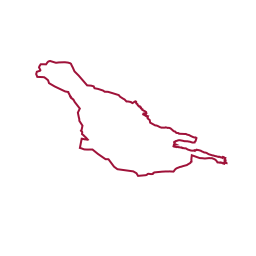 outline of Ørskog nor, Møre og Romsdal, Norway, rotated 199°
{"feature_id": "86288312B31017239945246", "entity_name": "Ørskog nor", "entity_type": "district", "adm_level": 2, "iso_a3": "NOR", "parent_name": "Norway", "parent_adm1": "Møre og Romsdal", "projection": "robinson", "projection_center": [6.912, 62.479], "detail": "fine", "context": "isolated", "style": "outline", "palette": "rose", "viewbox_px": 256, "rotation_deg": 199, "n_neighbors": 0, "source": "geoboundaries", "source_scale": "gbopen_adm2", "svg_char_len": 5465}
<svg xmlns="http://www.w3.org/2000/svg" viewBox="0 0 256 256"><g transform="rotate(199 128 128)"><path d="M102.9,86.0L97.8,88.3L96.0,89.1L95.5,89.4L94.9,90.0L94.7,90.3L94.6,90.7L94.4,91.0L94.0,91.2L93.7,91.4L92.6,91.6L91.2,91.9L90.0,92.4L89.6,92.6L89.5,92.8L89.4,93.6L89.2,93.7L89.2,94.0L88.4,94.7L87.5,95.1L81.6,97.8L78.4,99.1L74.2,100.6L71.4,101.4L70.8,101.6L70.5,102.3L70.4,102.8L70.0,104.0L69.6,104.8L69.0,105.6L68.3,106.3L67.4,107.0L66.3,108.0L65.1,108.7L63.4,110.0L60.3,112.1L59.9,112.6L59.7,112.9L57.9,115.0L57.5,115.8L57.5,116.2L57.5,116.5L57.0,116.9L57.9,119.0L58.0,119.5L58.1,119.9L58.8,123.0L57.8,123.0L50.4,122.9L48.0,123.6L45.3,124.2L44.5,124.6L41.4,126.0L39.8,126.4L38.9,126.8L36.9,126.7L35.7,126.6L34.5,126.2L33.3,125.5L32.2,124.6L31.9,124.8L30.2,125.0L29.7,125.2L29.1,125.3L29.2,125.6L28.6,125.7L28.1,125.7L27.2,125.6L26.7,125.4L25.6,125.5L25.9,126.2L25.4,126.2L25.4,126.5L24.6,126.6L24.3,126.8L23.5,126.9L23.6,127.1L23.8,127.1L24.3,127.3L24.9,127.6L25.2,127.6L25.4,127.5L25.6,128.0L25.8,128.3L25.2,128.3L25.1,128.8L25.1,129.0L25.4,129.2L25.6,129.7L26.1,129.7L26.3,129.8L26.6,130.3L26.7,130.5L26.2,130.5L26.2,131.3L27.6,131.2L27.7,131.3L27.9,131.6L28.7,131.6L28.7,131.1L29.2,131.1L29.2,130.6L29.5,130.7L30.0,130.5L31.4,130.4L31.6,130.6L31.9,130.6L32.7,130.5L32.9,130.2L33.0,130.1L35.7,130.0L36.5,129.8L38.5,129.8L39.0,129.6L43.1,129.5L44.8,129.8L45.3,130.0L46.7,130.0L47.2,129.8L48.6,129.7L49.4,129.9L50.3,129.9L51.1,130.0L51.6,130.2L53.6,130.1L54.6,130.0L56.0,129.8L56.0,129.5L56.5,129.4L56.9,128.8L57.0,128.7L57.9,128.7L58.0,128.6L57.8,128.1L58.4,128.1L58.9,127.9L59.2,127.7L61.1,127.2L64.4,127.1L66.0,127.4L66.6,127.6L66.9,127.5L67.9,127.2L69.0,127.0L69.6,127.0L70.0,126.7L70.7,126.8L70.7,127.0L70.8,127.0L70.8,126.8L71.5,126.8L71.8,126.8L72.1,126.6L73.4,126.5L73.5,126.5L74.2,126.4L74.3,126.2L75.0,126.2L75.5,126.1L76.3,125.8L76.3,125.7L77.6,125.6L77.8,125.6L78.1,125.6L78.2,126.1L78.3,126.1L78.2,125.5L79.0,125.5L79.1,126.8L78.7,126.8L78.5,126.7L78.4,126.2L78.3,126.3L78.5,126.8L78.7,127.0L78.8,127.1L78.2,127.6L77.3,128.0L78.3,128.1L78.5,128.0L78.9,128.2L79.2,128.7L79.7,129.4L79.8,129.8L79.7,130.0L78.9,130.3L78.9,130.5L78.9,130.8L78.8,131.0L78.5,131.0L78.3,131.3L76.9,132.3L76.6,132.7L75.2,133.3L71.8,133.8L70.4,133.9L67.4,134.8L65.8,135.0L65.0,135.2L62.4,135.2L60.3,136.0L60.3,136.9L59.9,137.5L59.9,139.2L60.0,140.8L61.0,141.1L61.8,140.7L63.4,140.6L66.4,140.9L67.7,141.2L70.0,141.0L71.4,141.2L72.1,140.9L77.9,139.2L78.6,139.6L80.7,139.1L81.7,139.7L82.4,140.0L83.0,139.8L84.1,140.0L84.7,140.3L85.7,140.7L87.7,141.5L89.4,141.5L90.5,141.0L91.6,141.0L92.7,140.8L92.8,140.6L93.9,140.1L95.5,139.6L96.1,139.3L97.9,139.2L100.7,139.6L102.0,139.6L103.1,139.3L108.8,140.3L110.1,142.6L112.4,143.4L112.8,143.8L112.7,144.1L112.7,144.4L112.9,145.1L113.7,145.1L113.4,145.6L114.3,145.6L114.8,145.6L115.6,145.4L115.9,145.4L116.7,145.6L117.6,145.7L117.6,146.0L118.1,146.0L118.1,146.3L117.7,146.3L117.6,146.1L117.3,146.2L117.3,146.3L117.7,146.5L117.6,147.0L117.1,147.1L116.5,147.2L116.0,147.3L115.5,147.3L115.3,147.8L115.4,148.0L115.6,148.2L115.9,148.5L116.1,149.0L116.6,149.1L117.2,149.2L117.5,149.4L118.0,149.5L118.9,149.5L119.7,149.7L120.0,149.8L120.5,149.9L120.5,150.4L121.1,150.5L121.4,150.6L121.9,150.7L121.8,150.9L121.8,151.0L122.4,151.4L122.5,151.7L123.9,151.8L123.9,152.2L124.5,152.1L124.9,152.1L125.2,152.5L125.3,152.5L126.1,152.6L126.3,152.9L126.6,153.3L126.9,153.4L127.0,153.7L128.1,153.9L128.3,154.4L128.6,154.5L128.9,155.0L128.9,155.5L129.1,155.6L129.8,155.6L131.9,153.0L133.5,153.3L133.7,153.5L136.6,153.1L138.1,152.6L140.6,153.9L142.0,154.1L145.7,155.0L147.5,156.1L154.3,155.9L158.8,155.7L161.8,154.7L163.9,155.3L169.0,155.2L172.6,154.7L174.0,156.2L177.0,156.0L177.5,155.8L180.5,155.0L191.7,161.5L197.0,164.1L197.4,164.5L200.0,167.3L201.4,168.6L202.8,170.1L203.7,170.4L206.0,170.3L209.2,169.6L214.7,167.5L216.7,166.5L217.6,166.2L223.5,166.0L224.9,165.0L225.5,163.9L226.2,161.5L228.2,160.9L231.3,159.8L231.8,157.8L231.9,156.4L230.1,154.6L229.7,154.2L229.6,153.9L229.7,153.6L232.5,151.5L232.4,149.1L230.9,147.4L230.4,146.8L225.4,148.3L223.7,148.7L221.7,148.1L219.1,147.1L217.3,144.7L210.8,143.4L206.4,142.9L199.3,142.1L196.2,142.6L196.1,142.4L196.1,142.2L195.8,141.9L195.7,141.9L195.2,141.5L195.0,141.3L194.8,141.2L194.7,140.9L194.1,140.4L193.7,140.0L193.0,139.5L192.8,139.2L192.6,139.1L192.7,138.9L192.4,138.8L192.4,138.7L192.1,138.6L192.1,138.3L192.0,138.2L191.7,138.1L191.6,137.9L191.3,137.9L191.1,137.8L190.8,137.8L190.7,137.7L190.3,137.7L190.1,137.6L189.9,137.5L189.4,137.3L189.4,137.2L189.1,137.2L188.8,137.1L188.7,136.9L186.8,135.2L179.9,130.7L180.4,126.2L178.0,122.1L177.1,120.8L176.3,118.9L171.8,115.4L171.2,110.6L171.4,110.6L171.5,110.5L171.6,110.1L171.4,110.0L171.1,109.9L170.5,109.7L170.1,109.4L170.0,109.1L169.8,108.8L169.7,108.5L169.7,108.3L169.7,108.1L169.5,107.6L169.5,107.3L169.4,107.2L169.1,107.1L168.5,106.9L167.9,106.8L167.4,106.4L167.1,106.4L166.8,106.2L166.5,106.0L166.3,106.0L166.2,105.9L165.8,105.7L165.6,105.6L165.4,105.5L165.2,105.5L165.0,105.4L164.7,105.3L162.2,103.9L162.3,103.8L162.6,103.7L163.0,103.6L163.3,103.7L163.6,103.7L163.8,103.7L164.1,103.5L164.8,103.4L165.0,103.2L166.3,103.2L166.6,103.1L166.8,103.0L166.9,102.9L167.3,103.0L167.6,103.0L167.9,102.9L168.2,102.7L168.3,102.7L167.0,93.5L165.4,93.6L162.9,93.5L162.0,93.6L158.7,94.6L157.5,95.1L154.6,96.1L148.0,93.7L139.1,91.2L136.3,92.1L128.8,87.0L128.4,86.8L124.6,85.6L108.9,88.7L105.3,88.0L102.9,86.0Z" fill="none" stroke="#9f1239" stroke-width="2"/></g></svg>